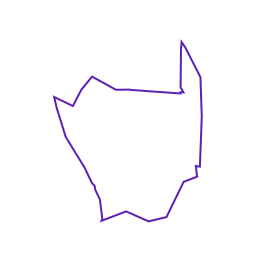 outline of Mary, Mary, Turkmenistan, rotated 14°
{"feature_id": "10190150B47066979897930", "entity_name": "Mary", "entity_type": "district", "adm_level": 2, "iso_a3": "TKM", "parent_name": "Turkmenistan", "parent_adm1": "Mary", "projection": "equal_earth", "projection_center": [61.762, 37.519], "detail": "fine", "context": "isolated", "style": "outline", "palette": "violet", "viewbox_px": 256, "rotation_deg": 14, "n_neighbors": 0, "source": "geoboundaries", "source_scale": "gbopen_adm2", "svg_char_len": 540}
<svg xmlns="http://www.w3.org/2000/svg" viewBox="0 0 256 256"><g transform="rotate(14 128 128)"><path d="M170.3,80.5L170.6,81.8L121.9,90.3L120.5,90.3L107.1,93.8L80.7,86.9L73.5,102.0L69.2,120.0L48.9,115.8L53.7,125.3L69.7,151.7L95.6,177.1L106.4,190.2L109.7,192.3L110.9,195.5L118.1,204.3L125.1,222.5L124.8,224.4L146.3,209.4L170.6,213.6L186.9,205.1L195.0,166.8L206.8,158.5L203.0,148.5L207.1,148.1L196.8,99.0L186.0,61.2L164.1,36.0L159.2,31.6L160.5,39.4L169.2,75.8L173.2,80.0L170.3,80.5Z" fill="none" stroke="#5b21b6" stroke-width="2"/></g></svg>